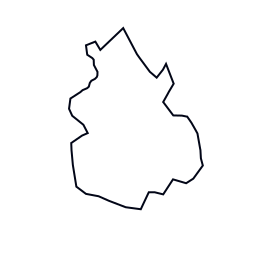 Lubumbashi, Katanga, Democratic Republic of the Congo, rotated 306°
{"feature_id": "63176286B7033307846906", "entity_name": "Lubumbashi", "entity_type": "district", "adm_level": 2, "iso_a3": "COD", "parent_name": "Democratic Republic of the Congo", "parent_adm1": "Katanga", "projection": "albers", "projection_center": [27.484, -11.656], "detail": "fine", "context": "isolated", "style": "outline", "palette": "ink", "viewbox_px": 256, "rotation_deg": 306, "n_neighbors": 0, "source": "geoboundaries", "source_scale": "gbopen_adm2", "svg_char_len": 1013}
<svg xmlns="http://www.w3.org/2000/svg" viewBox="0 0 256 256"><g transform="rotate(306 128 128)"><path d="M158.9,63.4L155.5,70.3L152.6,72.3L150.8,72.8L148.3,72.4L147.1,71.8L144.7,70.6L143.4,70.6L142.1,70.6L140.0,71.4L138.5,72.0L137.3,71.8L136.1,71.5L131.9,69.0L130.1,68.6L129.1,68.4L118.0,64.1L108.9,69.0L106.8,72.7L105.1,75.7L104.4,90.0L102.5,93.8L100.2,98.4L94.9,95.3L82.5,90.9L76.9,95.3L65.7,105.1L50.2,120.7L50.0,132.7L54.4,142.0L55.5,144.3L57.9,155.4L62.5,172.5L62.6,172.8L69.8,186.1L75.5,185.0L88.2,182.6L91.7,187.4L95.0,195.5L112.9,194.6L117.5,207.5L120.8,208.8L125.4,210.6L141.6,210.6L146.3,204.8L152.8,199.5L153.3,198.9L164.4,187.4L166.2,183.6L169.5,176.3L170.0,174.9L172.0,169.2L171.8,168.9L169.7,164.3L164.9,157.4L164.8,157.2L169.7,141.2L179.0,140.1L181.1,139.8L190.7,138.9L202.2,121.1L195.7,122.0L185.6,121.6L186.3,112.7L191.6,95.9L193.0,91.8L206.0,65.4L174.9,59.7L178.7,50.8L170.2,45.4L164.4,50.9L163.3,52.0L163.6,58.0L163.1,60.1L158.9,63.4Z" fill="none" stroke="#020617" stroke-width="2"/></g></svg>